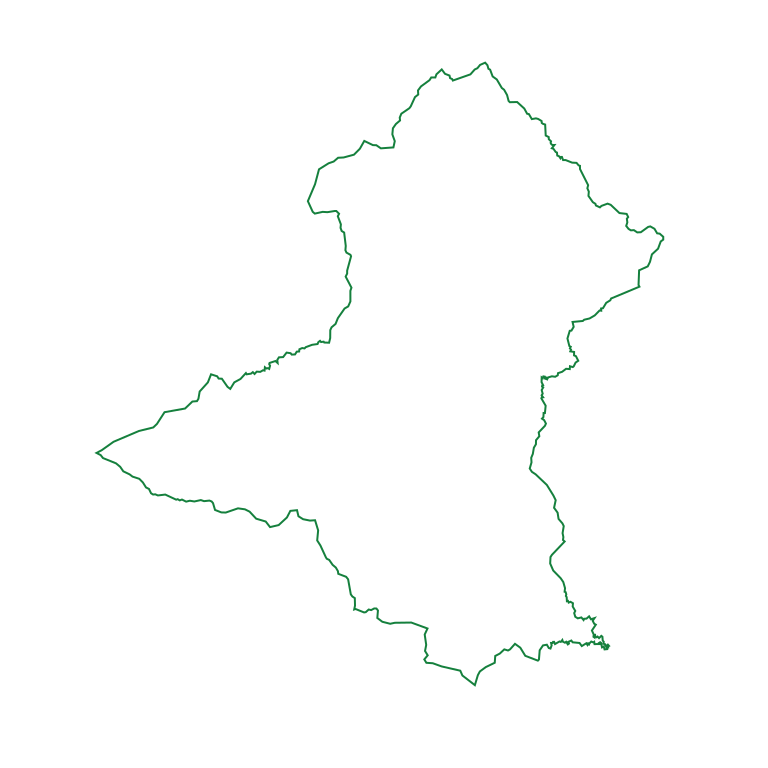 Villanueva, Bolívar, Colombia, rotated 174°
{"feature_id": "7082276B78136311282892", "entity_name": "Villanueva", "entity_type": "district", "adm_level": 2, "iso_a3": "COL", "parent_name": "Colombia", "parent_adm1": "Bolívar", "projection": "orthographic", "projection_center": [-75.277, 10.445], "detail": "fine", "context": "isolated", "style": "outline", "palette": "green", "viewbox_px": 768, "rotation_deg": 174, "n_neighbors": 0, "source": "geoboundaries", "source_scale": "gbopen_adm2", "svg_char_len": 6141}
<svg xmlns="http://www.w3.org/2000/svg" viewBox="0 0 768 768"><g transform="rotate(174 384 384)"><path d="M437.2,162.9L435.8,163.2L427.7,158.9L426.0,159.0L422.8,161.3L420.4,160.5L417.2,161.8L415.0,161.5L413.7,159.4L415.1,152.0L410.5,147.7L402.9,144.9L398.2,145.4L381.8,143.9L366.3,136.3L369.7,130.6L369.3,120.1L371.1,114.2L368.9,109.6L372.7,105.9L371.0,102.3L364.7,101.2L356.2,97.1L338.1,90.9L336.5,85.9L325.1,75.0L321.1,84.6L318.7,88.1L312.4,91.8L303.0,95.2L301.8,101.9L297.0,103.8L292.1,107.5L288.5,106.0L286.4,106.9L280.9,111.9L276.0,107.5L271.9,98.9L259.9,92.8L258.7,93.8L257.0,102.9L253.2,107.4L249.3,107.7L247.7,104.2L246.1,103.5L244.6,106.5L244.9,109.0L243.4,108.8L242.8,109.9L241.8,109.8L241.1,107.5L236.4,109.6L235.1,109.0L233.4,110.8L233.0,109.0L231.1,107.8L229.8,108.6L228.4,105.8L227.2,106.5L227.6,108.3L224.5,109.3L223.4,107.4L216.6,106.0L214.7,102.7L209.9,105.0L209.0,103.3L208.2,104.8L207.5,104.7L207.5,102.5L207.1,104.3L204.8,106.2L202.8,105.1L201.9,105.6L201.8,103.3L196.5,102.8L197.2,104.0L196.0,104.6L195.2,103.9L194.7,99.3L192.9,100.0L192.4,97.0L189.8,97.0L190.0,98.3L188.6,98.4L188.6,99.6L187.6,100.0L188.6,101.4L190.6,99.8L191.2,102.0L193.0,102.8L192.4,104.6L193.3,106.1L193.2,109.8L194.2,110.8L196.7,108.8L198.0,110.5L199.1,109.9L200.2,110.6L200.3,112.5L200.9,112.5L201.2,109.9L202.1,110.7L201.6,112.9L203.0,117.1L198.5,122.5L200.0,123.6L201.2,126.7L199.1,129.2L202.8,128.4L204.3,131.5L207.1,129.5L209.5,129.6L210.2,128.4L212.1,131.2L215.8,130.7L218.1,132.5L218.8,136.3L217.5,138.3L219.6,143.0L219.0,146.2L221.3,147.9L223.2,147.3L223.7,149.1L224.8,148.9L224.6,152.9L225.3,154.2L224.7,155.8L225.1,158.0L226.1,158.5L225.3,162.0L226.4,168.3L228.6,172.4L235.2,180.8L237.5,188.1L236.5,194.5L234.8,196.6L220.8,208.5L222.3,210.2L221.6,213.0L222.0,217.0L220.1,223.9L221.1,226.7L224.5,231.6L224.8,237.9L227.8,243.1L225.4,250.5L227.2,255.4L232.6,266.6L242.6,278.3L246.1,281.2L247.9,284.7L245.5,290.6L245.3,295.2L243.3,298.9L241.6,305.0L239.2,308.2L238.7,312.2L235.0,315.8L235.2,319.7L228.3,325.6L227.1,327.7L228.5,331.3L230.5,333.0L228.9,334.5L228.3,338.5L227.0,338.3L225.5,345.5L229.0,353.3L228.5,354.2L227.2,354.2L228.4,356.3L227.2,357.8L227.8,361.5L226.0,364.0L227.1,364.9L226.8,366.0L225.9,366.2L227.1,369.4L226.5,374.1L225.5,373.2L224.7,374.9L223.3,374.5L223.4,372.6L222.6,372.2L222.3,373.5L221.7,373.4L221.1,371.9L220.0,373.4L216.2,374.1L213.0,373.3L210.3,374.5L209.8,376.6L205.6,377.5L201.3,380.1L197.7,379.4L197.2,382.2L194.5,381.1L193.5,381.7L191.2,385.3L188.4,386.8L190.2,391.6L192.0,392.6L191.6,396.0L195.3,397.0L194.4,398.6L195.4,400.0L194.4,401.5L195.7,402.4L196.8,410.1L193.7,417.5L192.0,417.5L189.4,421.0L190.0,426.0L179.7,425.9L178.2,427.0L172.7,427.7L167.2,430.2L161.9,434.6L160.3,434.2L160.2,436.4L158.3,436.5L154.5,441.5L150.2,443.6L149.2,445.3L119.8,454.1L120.5,455.9L118.4,470.4L109.4,473.4L106.7,477.7L104.0,484.9L97.3,489.9L93.9,496.8L91.2,498.4L90.9,501.2L94.1,504.7L96.6,505.3L98.8,510.1L102.7,512.9L104.9,512.6L112.7,508.1L116.3,508.3L119.4,510.9L122.4,511.0L124.6,512.7L126.6,515.9L125.1,519.3L125.2,523.0L123.7,524.5L124.9,527.8L132.0,529.4L139.8,538.5L142.8,540.0L149.1,538.4L150.8,537.1L154.6,539.4L154.9,541.1L157.3,543.0L161.0,549.7L160.2,553.9L161.3,557.4L160.2,560.4L166.6,577.3L166.3,580.5L167.6,581.1L169.4,583.8L173.8,584.5L179.9,587.7L182.5,588.0L183.3,591.2L184.2,591.3L185.0,590.1L186.0,592.1L187.8,593.1L187.8,596.1L189.0,596.8L190.9,600.2L192.4,600.9L189.5,603.9L191.6,604.1L192.6,605.1L193.1,606.4L192.5,607.9L194.5,610.2L194.4,612.4L197.2,614.2L196.6,625.2L198.7,626.1L199.8,627.1L199.8,629.1L203.0,631.5L205.1,632.3L209.3,632.0L211.7,637.3L213.4,637.8L215.7,643.3L222.1,650.5L229.4,651.1L230.5,652.5L231.4,658.5L233.8,664.1L235.9,666.1L240.0,675.1L243.8,678.5L245.6,685.5L247.2,686.6L247.8,690.2L249.8,693.0L255.1,691.3L258.1,688.3L260.9,687.3L265.7,682.9L283.8,678.6L284.3,680.1L286.3,681.3L286.6,683.9L290.9,686.1L293.7,690.8L299.5,686.5L300.9,683.5L305.0,683.9L307.0,681.4L316.1,676.1L319.5,672.4L319.7,668.3L323.2,666.1L328.4,657.3L330.0,655.6L338.5,651.0L340.5,647.3L340.5,644.4L345.0,641.3L348.4,637.4L349.6,631.4L347.9,624.4L349.9,618.3L362.5,618.7L366.7,622.3L370.0,622.7L378.2,627.8L383.4,620.5L389.9,615.2L400.5,613.5L406.0,613.8L410.8,610.5L416.0,609.3L426.2,604.3L431.7,589.9L440.6,573.8L436.9,562.7L435.0,560.7L427.0,561.6L422.3,560.8L415.0,561.2L413.3,561.0L410.9,558.0L412.4,555.7L410.2,547.3L410.9,543.8L410.1,540.6L407.8,538.8L407.6,525.3L408.4,521.1L407.6,518.6L403.9,516.0L403.4,514.5L408.8,500.6L409.1,497.7L410.9,494.8L406.3,483.2L407.7,480.2L408.8,469.6L411.5,464.9L415.3,463.2L423.0,454.3L425.9,448.8L430.2,445.9L431.8,443.2L432.7,435.3L434.3,430.8L439.1,431.5L439.6,432.4L442.2,432.3L443.1,433.6L444.9,432.5L445.9,430.7L451.4,430.5L458.0,428.8L459.3,427.7L461.6,428.3L464.5,427.4L465.0,425.2L467.4,425.3L469.4,422.7L472.7,422.9L473.7,424.4L477.6,425.4L481.5,421.3L485.7,421.5L487.6,419.1L487.6,416.0L489.6,418.2L495.6,416.9L496.1,415.8L495.4,414.1L496.6,411.0L497.8,411.9L499.3,411.7L500.7,413.1L501.4,409.8L502.9,410.3L505.8,409.0L509.3,409.6L511.7,407.5L513.2,409.5L515.2,408.2L519.6,408.0L520.2,409.3L526.2,404.0L532.7,401.3L537.4,395.2L539.9,397.5L544.7,406.2L547.9,406.7L549.1,409.1L555.0,411.7L559.0,404.0L568.1,395.8L570.1,388.7L571.8,386.5L576.4,386.6L584.4,380.4L605.2,378.9L614.0,368.0L618.0,364.9L632.6,362.9L659.0,354.8L671.6,347.7L677.1,345.5L673.2,342.9L671.2,339.7L658.8,333.1L655.0,329.2L652.4,324.4L646.4,320.7L643.8,318.2L637.3,315.3L634.1,311.3L631.5,306.0L628.7,304.2L627.1,299.7L625.2,298.2L623.0,298.2L620.5,296.8L613.1,296.9L602.8,290.7L601.2,291.0L599.3,289.6L597.0,290.2L593.1,287.7L589.3,288.2L584.9,287.0L578.3,287.7L575.2,286.3L569.8,286.3L567.7,285.2L566.5,283.4L565.2,276.4L559.2,273.3L554.8,272.7L542.2,275.6L535.4,273.9L531.0,271.1L525.2,263.4L516.0,259.6L512.3,253.6L503.5,254.7L494.5,261.4L490.4,267.6L483.7,267.6L482.9,261.4L478.6,258.0L471.9,255.9L466.8,255.7L464.8,245.3L466.8,235.4L464.1,230.0L460.0,217.9L459.2,216.2L456.9,214.8L454.0,209.5L451.1,206.5L449.4,202.7L449.3,200.0L441.8,196.2L440.1,193.5L439.0,178.3L437.7,176.0L435.4,174.1L436.0,166.6L437.2,162.9Z" fill="none" stroke="#15803d" stroke-width="2"/></g></svg>